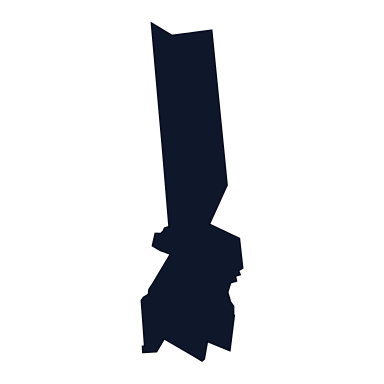 Herkimer, New York, United States of America (Albers equal-area conic projection)
{"feature_id": "52423323B32160257293354", "entity_name": "Herkimer", "entity_type": "district", "adm_level": 2, "iso_a3": "USA", "parent_name": "United States of America", "parent_adm1": "New York", "projection": "albers", "projection_center": [-74.979, 43.461], "detail": "fine", "context": "isolated", "style": "filled", "palette": "ink", "viewbox_px": 384, "rotation_deg": 0, "n_neighbors": 0, "source": "geoboundaries", "source_scale": "gbopen_adm2", "svg_char_len": 669}
<svg xmlns="http://www.w3.org/2000/svg" viewBox="0 0 384 384"><path d="M162.7,151.0L169.0,226.6L164.5,228.1L163.2,231.2L160.7,233.5L155.2,233.4L152.4,245.8L160.1,250.4L170.4,254.1L152.6,283.9L149.0,289.3L148.4,294.4L143.5,297.3L141.3,300.5L141.9,308.4L143.5,330.2L144.6,346.1L142.5,346.3L142.8,352.5L156.6,351.7L164.2,338.8L192.6,355.3L202.0,361.0L204.3,359.1L207.4,341.5L229.9,350.7L234.3,315.3L233.6,314.6L233.6,306.2L230.4,301.8L229.7,299.0L227.7,292.3L230.6,282.7L236.5,281.1L235.4,276.1L240.2,274.7L238.5,270.6L242.7,268.1L239.4,238.4L209.4,224.2L227.1,185.1L211.7,30.2L171.9,35.4L151.4,23.0L162.7,151.0Z" fill="#0f172a" stroke="#020617" stroke-width="1.5"/></svg>